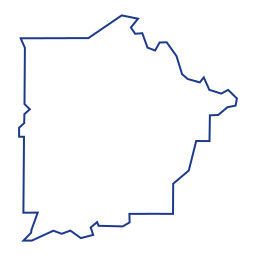 outline of Talbot, Georgia, United States of America
{"feature_id": "52423323B20787176465292", "entity_name": "Talbot", "entity_type": "district", "adm_level": 2, "iso_a3": "USA", "parent_name": "United States of America", "parent_adm1": "Georgia", "projection": "albers", "projection_center": [-84.515, 32.7], "detail": "fine", "context": "isolated", "style": "outline", "palette": "blue", "viewbox_px": 256, "rotation_deg": 0, "n_neighbors": 0, "source": "geoboundaries", "source_scale": "gbopen_adm2", "svg_char_len": 763}
<svg xmlns="http://www.w3.org/2000/svg" viewBox="0 0 256 256"><path d="M20.7,38.3L24.9,47.8L24.5,104.0L29.8,109.3L24.4,114.1L24.2,123.1L19.1,127.7L19.1,136.7L24.0,136.8L23.5,200.2L23.4,212.7L37.7,212.6L31.4,230.1L31.1,232.7L23.5,240.6L31.8,240.6L53.4,230.7L61.7,233.8L70.4,230.6L80.9,238.1L93.2,234.9L90.7,227.5L97.1,222.1L98.6,225.8L122.8,226.4L129.6,222.4L129.4,213.9L154.4,213.8L173.0,213.9L173.2,183.7L188.8,170.5L196.2,141.0L209.5,141.1L209.9,115.3L218.1,115.0L227.5,107.2L235.6,105.6L236.9,98.5L228.2,89.9L221.2,93.6L209.3,89.8L203.8,77.4L199.8,82.4L187.7,79.0L182.1,74.2L176.5,56.1L166.7,42.3L159.6,42.5L155.1,50.5L147.5,47.6L142.3,33.2L135.2,33.8L130.9,27.5L138.0,18.7L121.7,15.4L88.4,38.1L20.7,38.3Z" fill="none" stroke="#1e3a8a" stroke-width="2"/></svg>